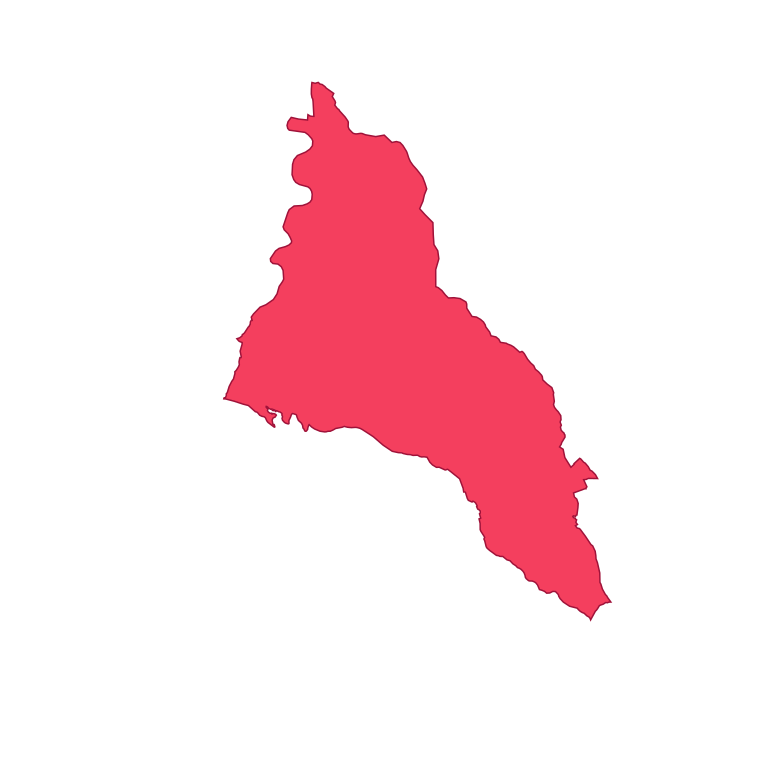 Valea Lunga, Alba, Romania (Natural Earth projection), rotated 64°
{"feature_id": "2599482B95544778278344", "entity_name": "Valea Lunga", "entity_type": "district", "adm_level": 2, "iso_a3": "ROU", "parent_name": "Romania", "parent_adm1": "Alba", "projection": "natural_earth1", "projection_center": [24.097, 46.129], "detail": "fine", "context": "isolated", "style": "filled", "palette": "rose", "viewbox_px": 768, "rotation_deg": 64, "n_neighbors": 0, "source": "geoboundaries", "source_scale": "gbopen_adm2", "svg_char_len": 6145}
<svg xmlns="http://www.w3.org/2000/svg" viewBox="0 0 768 768"><g transform="rotate(64 384 384)"><path d="M285.0,493.7L285.7,493.8L291.4,498.9L297.1,500.4L297.6,501.0L297.1,501.9L297.7,502.5L300.5,504.6L303.3,505.6L305.1,507.8L307.0,510.9L307.6,512.7L309.1,513.3L313.5,517.1L314.9,519.7L318.3,524.2L323.0,528.6L323.7,530.1L325.1,530.7L326.4,532.0L326.6,532.6L326.4,533.9L327.1,534.5L328.1,532.8L333.8,526.2L340.4,519.4L343.9,515.3L352.5,511.8L353.5,510.6L354.6,510.1L357.6,509.4L359.5,507.9L361.0,506.0L362.4,505.4L365.7,505.5L367.7,505.1L374.6,501.6L374.8,501.2L374.7,500.9L372.7,500.5L372.3,500.6L372.3,500.9L371.7,501.1L371.3,501.5L367.3,500.3L365.9,498.5L366.0,496.3L364.8,494.4L363.7,494.7L362.4,495.8L361.9,496.9L361.9,497.8L361.0,497.7L360.4,499.2L358.7,500.2L356.9,500.5L355.5,499.2L354.7,499.7L353.1,500.1L352.5,499.7L352.8,499.2L354.1,498.5L355.6,498.3L356.0,497.6L356.9,497.1L357.4,495.7L358.1,496.0L358.9,495.8L359.5,495.0L359.4,494.6L358.8,494.3L359.0,494.1L360.4,493.1L360.8,493.7L361.1,493.7L361.3,493.2L360.9,492.5L361.0,492.1L363.0,490.6L363.5,489.8L365.3,488.8L366.0,488.7L367.1,489.4L368.4,489.4L369.4,489.9L370.1,490.7L372.1,491.1L374.9,490.3L376.0,489.6L377.5,488.1L378.0,487.2L377.8,486.7L375.2,485.5L372.6,482.3L371.3,481.1L370.5,479.8L370.5,479.0L372.9,476.5L373.7,476.3L375.7,476.7L379.2,476.9L383.0,475.4L385.3,475.3L388.0,476.1L389.6,475.7L391.4,475.8L392.0,475.4L392.3,474.4L391.4,472.6L389.9,471.6L388.1,469.8L387.7,469.1L390.9,467.9L394.0,466.1L398.4,462.2L401.0,458.4L401.6,457.0L401.9,455.2L402.9,453.0L403.0,449.9L402.8,446.9L404.5,440.7L404.7,438.3L406.9,435.7L408.9,432.5L410.4,428.8L411.3,427.3L413.2,425.1L415.2,423.6L422.8,419.0L426.7,416.7L438.6,411.6L448.1,406.1L452.0,401.2L453.6,398.3L454.9,397.2L457.5,394.0L459.0,391.3L460.9,389.2L462.6,385.3L463.4,384.5L464.7,383.8L466.1,382.1L467.0,379.9L468.7,377.4L474.3,377.1L478.0,375.9L481.9,373.4L483.0,370.9L488.0,366.8L488.3,366.2L488.4,364.5L489.0,363.9L502.3,357.6L512.4,358.6L516.0,359.7L516.5,358.7L517.1,358.3L523.4,359.3L525.5,359.2L528.4,356.9L528.7,356.3L528.3,355.7L528.3,355.4L530.0,354.2L531.3,353.8L534.2,353.7L534.5,353.8L534.8,354.5L537.4,354.6L537.9,354.4L538.3,353.9L540.4,353.2L541.9,353.9L542.5,354.5L542.4,355.0L542.6,355.1L547.0,355.9L547.1,356.4L546.9,357.7L551.4,358.7L557.1,361.4L558.8,361.5L565.7,360.7L566.2,360.9L566.7,361.8L567.4,362.2L569.0,362.2L575.1,363.5L576.8,363.3L579.9,362.0L587.3,358.1L588.5,356.4L589.8,355.3L591.1,352.8L595.9,350.6L598.1,348.2L602.1,347.0L605.1,345.2L607.5,344.5L609.0,343.1L610.6,342.1L613.1,341.2L615.1,340.9L617.7,341.1L619.7,341.7L621.3,341.5L624.1,340.3L624.9,339.4L626.1,337.1L627.8,335.6L629.1,334.8L632.0,334.1L636.9,334.4L638.6,332.5L640.8,330.6L643.3,329.5L644.5,326.6L644.4,323.2L645.7,320.9L649.0,319.8L650.2,319.7L651.4,320.0L654.1,319.8L658.7,318.4L665.1,314.6L670.2,308.6L672.0,308.2L674.3,307.3L676.3,306.0L677.8,304.6L681.3,303.3L683.1,302.0L685.0,301.5L686.6,301.7L680.8,293.5L680.5,292.4L679.6,290.6L677.7,287.7L677.6,286.6L678.0,283.5L677.6,280.5L678.6,279.0L678.6,277.6L679.4,275.7L674.0,276.6L671.9,276.7L670.3,277.3L664.1,277.6L658.9,276.8L657.0,276.9L648.4,272.9L638.2,270.5L634.1,270.1L631.0,268.8L626.9,267.5L621.0,267.4L619.0,268.4L609.4,269.7L600.7,271.3L599.5,271.8L598.2,273.5L595.3,274.1L595.1,271.7L592.4,272.2L590.5,270.4L589.4,271.1L588.6,270.9L587.1,272.3L585.7,272.3L585.6,271.3L587.0,269.9L586.4,269.3L586.1,268.5L586.3,268.0L580.1,263.9L576.4,261.8L572.0,261.2L569.0,262.4L565.0,261.4L566.2,249.6L566.7,248.3L566.0,248.1L565.4,246.7L557.5,246.5L558.4,244.2L558.4,241.8L562.6,233.5L558.2,233.7L553.6,235.2L551.8,236.5L547.8,236.7L543.4,237.8L541.7,238.9L537.6,240.0L536.6,240.7L538.9,248.2L539.5,248.3L540.8,252.5L529.4,253.7L521.2,251.6L517.5,253.8L515.9,251.2L514.5,249.9L511.1,244.6L509.1,243.7L508.2,243.9L507.0,243.7L504.9,244.6L503.0,245.0L500.0,244.3L498.8,242.7L495.5,242.4L494.7,241.8L493.8,240.6L489.9,239.0L485.3,239.6L482.8,240.4L479.7,241.0L476.9,240.7L474.2,238.5L467.7,236.4L466.2,235.3L460.8,234.7L455.8,237.3L449.9,239.5L446.8,238.5L445.3,238.5L440.7,239.8L437.1,241.5L433.1,241.4L429.5,242.9L424.7,244.1L418.2,244.6L416.3,245.1L415.2,245.7L415.0,248.1L407.5,251.2L404.8,253.0L402.2,255.5L401.0,256.2L397.6,261.1L394.2,261.2L390.8,262.7L387.6,266.7L383.6,266.3L377.2,267.5L375.3,267.1L371.9,267.4L368.3,268.9L364.4,271.5L361.9,275.3L352.2,276.4L348.4,274.6L346.1,274.4L340.5,278.2L337.1,283.3L334.9,288.4L330.9,289.8L325.4,291.0L321.2,293.0L319.2,294.8L303.9,287.4L295.5,279.8L287.9,277.3L280.6,278.0L271.5,274.3L260.4,269.3L249.8,272.9L242.1,275.1L236.8,268.9L231.6,264.7L227.4,260.1L221.6,259.2L214.9,258.6L206.2,260.4L200.1,262.1L195.7,262.8L191.8,262.7L186.5,261.9L184.7,261.8L177.9,262.5L174.0,263.7L171.5,266.6L170.4,271.0L160.4,274.7L158.0,283.0L151.9,291.4L149.2,293.9L148.4,295.3L147.3,298.8L146.7,300.0L145.3,301.7L143.4,302.5L139.9,303.6L138.3,303.6L137.0,303.4L133.0,301.3L131.8,301.2L127.0,301.9L119.4,304.1L117.4,304.3L116.2,305.1L111.8,306.0L109.8,304.2L108.0,304.0L103.0,304.5L100.8,301.8L92.8,306.2L90.8,306.7L87.7,308.3L86.4,310.0L84.1,310.9L83.6,314.0L81.4,316.6L82.6,317.4L86.9,319.9L91.5,322.2L95.0,323.2L96.6,323.1L99.2,324.0L112.7,329.7L111.9,331.3L110.9,332.8L108.6,334.3L113.2,337.0L108.4,344.7L103.7,350.5L106.2,355.3L109.1,357.8L112.1,358.5L114.3,357.9L123.2,344.7L126.8,342.8L131.9,341.4L134.4,341.5L138.5,343.9L140.4,347.7L141.2,352.7L140.7,361.7L142.9,366.6L146.5,369.9L155.6,374.9L160.7,375.5L164.1,374.9L167.6,372.6L173.4,366.0L175.8,364.8L179.2,364.6L182.1,365.4L186.6,368.1L188.1,370.9L188.4,374.1L187.8,379.1L184.6,386.8L185.7,392.7L188.0,395.5L198.5,405.8L201.7,406.1L207.0,404.3L211.2,404.1L214.9,404.3L216.4,405.3L217.4,408.4L217.3,412.4L216.1,418.9L216.9,423.2L221.5,431.2L224.2,432.1L227.0,431.0L229.7,426.8L233.5,424.9L237.7,424.9L245.8,428.2L247.5,430.4L250.3,435.4L256.1,440.6L259.6,446.4L261.0,455.3L260.6,461.7L263.8,470.5L265.7,474.0L268.8,474.6L268.4,475.0L269.5,476.8L271.8,478.2L272.4,479.3L273.1,479.9L273.3,481.0L276.9,487.0L277.4,488.6L277.4,489.6L278.6,490.6L279.2,493.4L278.8,496.4L281.6,495.7L282.6,495.1L284.5,493.3L285.0,493.7Z" fill="#f43f5e" stroke="#9f1239" stroke-width="1.5"/></g></svg>